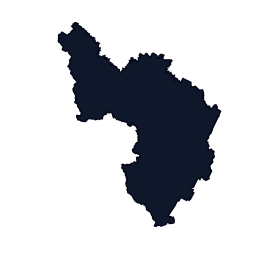 Tenterfield, New South Wales, Australia (Mercator projection), rotated 286°
{"feature_id": "25037944B39208221478861", "entity_name": "Tenterfield", "entity_type": "district", "adm_level": 2, "iso_a3": "AUS", "parent_name": "Australia", "parent_adm1": "New South Wales", "projection": "mercator", "projection_center": [152.357, -28.838], "detail": "fine", "context": "isolated", "style": "filled", "palette": "ink", "viewbox_px": 256, "rotation_deg": 286, "n_neighbors": 0, "source": "geoboundaries", "source_scale": "gbopen_adm2", "svg_char_len": 5903}
<svg xmlns="http://www.w3.org/2000/svg" viewBox="0 0 256 256"><g transform="rotate(286 128 128)"><path d="M204.9,151.6L205.2,151.0L204.9,149.1L203.1,143.1L203.5,142.5L205.4,142.2L205.9,141.5L207.0,142.3L207.8,142.4L207.9,139.5L206.2,138.1L204.4,139.4L203.5,138.8L205.8,135.2L206.9,131.8L206.2,130.8L203.2,130.3L202.0,129.2L204.7,125.5L204.4,124.6L202.2,124.1L201.9,122.4L202.8,119.2L201.1,118.8L199.4,120.9L198.8,120.5L199.0,119.3L198.4,118.6L196.5,119.5L194.1,118.7L193.9,117.9L195.5,116.9L195.8,116.2L194.1,114.1L196.2,113.7L196.7,112.9L196.5,112.0L195.5,111.7L193.2,113.5L192.9,112.8L193.6,111.8L193.2,110.9L192.1,111.7L188.0,110.0L187.0,110.0L186.0,108.9L185.2,109.8L184.3,109.9L183.8,107.8L184.0,106.8L183.0,107.2L181.4,106.4L179.9,106.6L179.5,104.2L181.7,103.4L181.3,102.5L182.0,101.5L181.7,100.7L182.9,100.7L183.6,99.6L183.6,98.7L182.9,97.8L184.2,97.2L184.3,96.1L185.1,95.5L184.3,95.0L184.8,94.6L183.9,93.9L185.5,93.4L186.6,93.7L185.5,92.8L186.1,91.6L187.8,90.8L189.0,91.0L188.5,90.3L188.9,89.3L188.4,87.8L188.8,87.4L189.5,88.1L189.7,86.9L188.7,86.8L190.0,85.5L191.1,85.6L189.8,83.6L188.8,83.6L188.8,82.3L189.5,81.0L188.7,79.6L190.4,79.0L191.5,79.4L191.7,79.1L191.4,78.4L192.2,79.0L193.1,77.9L193.6,78.1L193.6,79.0L194.5,78.9L194.8,79.7L195.3,79.0L196.9,79.3L197.3,79.1L196.9,78.5L197.3,76.7L198.3,77.0L199.7,76.4L201.4,77.0L202.0,75.0L200.6,74.2L202.4,72.2L202.2,71.8L202.8,72.1L202.9,71.6L202.6,71.5L204.2,71.4L203.6,70.3L203.9,69.6L204.4,69.4L205.3,70.2L205.3,68.1L206.0,67.1L205.8,65.5L207.9,64.7L207.8,63.1L208.2,62.7L207.4,61.7L208.8,61.8L209.7,60.9L209.7,59.4L210.4,59.1L210.3,58.5L211.3,57.9L210.7,55.9L212.2,55.3L212.1,54.5L212.7,53.6L212.3,52.5L212.8,52.2L212.6,51.9L213.6,50.9L214.5,51.2L214.8,48.8L214.4,47.8L213.6,48.0L212.9,46.7L211.7,46.8L210.3,45.9L207.8,49.8L206.8,47.8L205.7,47.3L204.4,47.6L204.4,46.6L203.3,46.8L202.2,45.4L200.5,44.7L200.8,41.6L201.9,38.3L201.5,37.8L199.8,37.5L199.1,36.9L199.0,36.1L197.9,35.7L196.5,36.4L195.2,36.4L194.5,37.1L193.2,36.9L191.6,37.5L191.5,38.9L189.1,41.9L189.0,43.4L185.2,43.3L184.6,46.8L185.5,48.3L185.4,49.1L183.3,51.0L181.5,54.2L178.4,54.0L177.2,53.2L175.2,54.2L172.2,54.1L170.7,53.4L170.4,54.4L168.3,56.3L167.9,57.9L164.8,57.8L162.8,60.9L161.1,62.0L159.6,65.0L159.2,65.1L158.1,66.9L156.7,66.3L156.3,65.2L154.4,64.6L153.5,65.3L150.2,64.4L147.7,65.9L146.8,67.4L145.8,67.7L144.9,69.0L142.4,69.1L141.1,70.1L137.8,69.9L137.5,72.5L134.5,74.1L133.2,76.0L130.9,77.6L130.5,78.8L128.3,79.2L126.7,78.9L125.9,75.4L124.6,75.6L122.1,77.8L122.5,79.1L121.8,81.1L122.3,81.6L121.9,82.7L122.5,83.8L122.4,85.0L123.7,86.2L125.0,86.3L126.3,87.7L126.6,89.2L127.2,89.7L126.7,90.9L127.4,92.3L127.0,94.3L128.6,96.8L128.5,98.4L129.1,98.6L129.8,100.1L129.7,100.6L133.6,100.6L134.4,101.2L134.4,101.9L135.5,103.3L136.8,102.9L137.4,103.2L137.3,105.7L138.7,107.4L138.0,108.5L134.1,111.1L134.6,111.4L134.8,112.4L133.2,115.1L133.5,117.5L133.1,118.2L133.8,119.0L132.7,120.3L133.4,121.4L133.1,122.3L133.3,124.5L132.8,126.2L131.4,126.6L131.2,127.5L130.6,127.7L130.7,128.9L130.3,129.6L131.8,130.9L133.4,129.9L133.6,130.3L133.1,130.9L133.4,131.8L132.4,132.7L132.6,133.3L131.6,135.8L130.5,136.3L129.7,138.5L128.5,138.8L128.4,137.4L127.7,136.6L125.6,138.9L124.8,138.8L123.9,140.0L122.9,140.4L122.2,140.1L116.8,142.0L116.4,140.6L114.6,139.7L113.5,139.9L112.0,139.2L111.5,139.7L110.6,139.7L109.0,138.5L107.6,138.6L106.1,140.0L105.6,142.5L106.3,144.1L105.7,145.0L105.7,146.3L105.0,147.1L104.3,147.5L102.6,146.8L102.4,146.2L102.8,145.4L101.8,144.5L98.4,145.9L97.6,146.7L96.8,146.2L97.1,143.4L95.7,142.9L95.1,142.1L95.3,141.5L94.6,140.9L92.9,140.3L93.4,139.8L92.5,137.6L92.7,137.0L92.1,136.7L91.4,134.7L91.7,133.0L90.7,132.3L89.3,133.5L88.0,133.0L87.4,134.6L86.5,135.0L86.5,135.6L85.2,135.7L83.6,138.6L82.4,138.3L80.4,140.1L79.4,140.2L78.5,140.9L78.2,142.1L76.9,141.2L75.7,141.6L74.7,141.1L71.8,142.5L70.5,144.3L68.8,144.0L65.8,145.8L65.4,148.2L64.6,149.2L64.8,149.9L60.5,154.2L59.3,156.4L58.9,158.3L59.3,159.7L58.3,162.0L60.0,163.4L59.9,164.3L58.7,164.4L58.9,164.8L57.6,167.1L54.6,168.5L53.2,172.9L50.4,175.1L49.8,176.2L48.2,176.5L47.3,177.3L46.2,180.0L45.3,181.0L41.2,180.4L41.2,181.9L41.5,182.4L42.2,182.2L42.6,183.0L43.2,185.6L42.8,186.7L45.2,190.2L46.3,191.2L47.9,191.5L48.3,192.0L48.6,193.2L47.6,193.9L48.5,196.5L49.6,198.3L52.5,197.7L54.6,196.0L53.8,195.6L54.6,193.6L54.2,193.2L54.6,190.8L67.2,194.7L70.7,195.2L72.4,197.2L75.5,197.7L75.6,199.1L74.6,204.2L75.8,204.4L75.4,206.7L76.8,206.9L76.7,207.6L83.8,209.1L84.1,207.4L86.6,207.7L87.1,204.7L88.8,205.0L89.4,205.7L88.8,206.5L89.2,207.2L98.3,208.8L99.2,209.4L98.3,211.3L101.2,211.8L100.9,213.7L100.0,214.2L99.2,217.3L101.6,219.9L101.5,220.3L103.2,218.4L103.3,219.1L109.4,220.1L109.5,219.5L110.1,219.6L110.2,219.0L110.8,219.1L110.8,218.7L113.9,217.0L116.1,217.3L116.4,217.9L118.9,218.8L120.7,217.5L123.9,218.8L124.9,218.5L126.4,217.2L129.1,217.1L129.4,216.7L128.8,215.7L130.6,214.1L129.3,212.1L129.4,211.5L131.5,210.0L132.7,210.8L135.8,208.4L136.3,208.5L136.3,207.2L135.6,206.7L139.3,207.2L139.7,207.8L140.8,208.0L140.9,207.5L145.4,208.2L145.3,209.0L148.8,209.4L148.5,208.9L162.0,211.3L162.9,211.1L164.1,212.1L164.9,212.1L165.0,211.6L169.5,212.4L170.4,210.3L170.5,208.5L171.6,207.7L172.5,208.2L174.5,206.1L173.7,204.8L170.6,203.6L169.4,202.4L169.4,201.0L170.6,201.0L171.4,200.0L170.3,197.6L171.4,197.5L172.3,196.7L172.6,195.6L174.6,194.5L175.0,193.5L176.5,192.2L177.3,192.5L178.4,191.8L180.5,191.7L181.4,190.8L182.3,191.0L185.1,189.1L183.9,186.3L186.6,181.1L185.5,180.2L185.7,179.6L185.0,178.4L185.6,177.0L189.2,175.8L190.7,167.1L186.0,166.3L185.7,165.8L187.4,164.4L187.3,163.3L188.8,161.5L189.2,159.4L186.4,158.9L189.5,157.6L190.9,158.3L191.4,158.1L190.6,157.0L190.7,156.3L192.1,154.3L193.0,153.9L192.0,152.9L191.9,151.9L193.6,151.6L193.1,150.0L192.0,149.9L191.7,149.3L193.7,148.8L195.3,149.5L195.0,148.4L198.2,148.9L198.0,150.0L201.0,151.3L201.4,150.6L204.9,151.6Z" fill="#0f172a" stroke="#020617" stroke-width="1.5"/></g></svg>